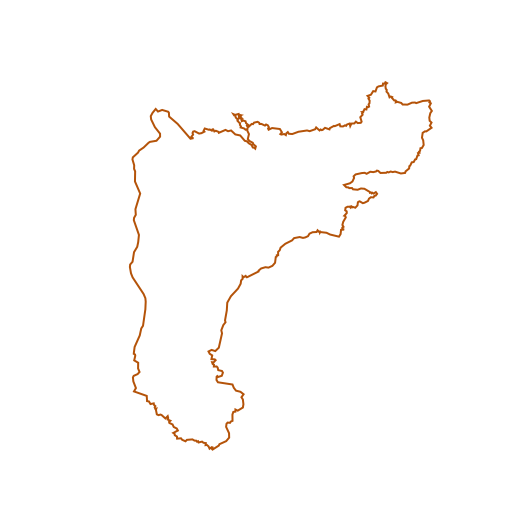 the district of Simití, Bolívar, Colombia, rotated 193°
{"feature_id": "7082276B2772828416009", "entity_name": "Simití", "entity_type": "district", "adm_level": 2, "iso_a3": "COL", "parent_name": "Colombia", "parent_adm1": "Bolívar", "projection": "mercator", "projection_center": [-74.07, 7.876], "detail": "fine", "context": "isolated", "style": "outline", "palette": "amber", "viewbox_px": 512, "rotation_deg": 193, "n_neighbors": 0, "source": "geoboundaries", "source_scale": "gbopen_adm2", "svg_char_len": 6086}
<svg xmlns="http://www.w3.org/2000/svg" viewBox="0 0 512 512"><g transform="rotate(193 256 256)"><path d="M254.8,57.6L249.6,62.9L249.3,64.4L243.4,68.9L241.3,73.0L242.4,77.3L246.7,82.8L247.0,85.8L246.2,87.3L243.8,87.6L243.4,88.9L241.8,90.1L243.3,96.2L243.0,99.0L241.1,99.7L241.5,101.8L239.0,101.2L234.7,105.4L234.9,108.7L236.5,113.2L238.4,115.1L237.0,118.5L240.6,120.2L245.2,120.3L248.0,122.6L250.0,125.5L264.7,124.4L266.6,126.3L267.2,129.5L266.7,130.3L265.7,129.6L262.4,131.6L262.0,134.9L263.3,136.3L267.1,136.3L268.3,138.7L269.5,139.5L272.2,138.8L272.5,140.6L273.9,141.0L274.9,142.6L273.4,142.8L271.9,145.4L272.9,146.0L276.2,145.5L276.3,149.3L279.1,150.3L280.8,152.3L278.1,154.5L274.3,154.2L271.6,158.3L271.7,173.0L273.1,175.8L272.3,181.4L270.8,184.6L271.7,186.3L272.2,196.3L273.5,204.1L271.4,211.2L266.2,220.2L264.7,225.5L265.0,228.9L263.9,230.7L264.5,233.2L263.3,232.5L261.6,234.3L260.4,233.2L259.8,233.4L250.0,241.5L250.2,242.3L248.2,245.0L244.3,247.2L241.2,247.5L237.8,250.1L235.9,253.7L236.5,259.4L235.7,260.2L235.9,261.4L234.6,261.8L235.4,265.0L234.2,266.9L233.9,269.7L230.2,274.5L224.4,279.3L222.9,282.0L217.7,284.3L214.3,284.2L212.3,285.1L209.8,287.0L208.9,289.8L206.2,291.9L202.3,293.0L201.8,294.9L200.2,293.9L200.8,293.3L199.4,294.2L199.0,293.2L198.8,293.8L192.5,294.5L188.7,293.6L179.5,293.5L178.5,296.4L179.0,300.6L176.1,301.6L178.1,301.9L178.3,303.1L177.3,304.1L178.8,305.7L178.7,309.0L177.2,313.8L178.0,315.0L179.0,315.1L177.2,318.3L177.7,319.9L179.4,320.6L179.6,323.1L177.9,324.6L175.9,325.1L175.2,324.7L175.3,325.4L174.3,325.9L173.3,325.0L172.8,325.6L170.1,325.4L168.5,328.1L168.8,331.3L168.2,332.0L167.3,332.6L163.8,331.5L162.3,332.3L159.3,334.8L158.8,337.3L157.3,339.1L154.7,339.5L154.1,341.4L153.0,341.7L152.0,343.8L153.6,345.2L155.6,343.3L156.9,343.8L157.4,343.1L158.1,343.7L159.1,343.3L159.2,343.9L165.5,345.9L168.9,345.4L171.9,343.4L176.5,342.8L177.7,343.8L180.5,343.1L181.3,343.6L183.5,343.3L186.2,345.0L180.8,348.0L178.8,350.3L178.0,354.1L178.8,355.6L177.3,357.9L171.6,360.6L168.8,361.5L166.7,361.0L163.6,363.8L160.6,364.1L158.0,365.4L157.4,366.4L156.0,366.4L153.4,364.9L147.8,366.4L147.0,367.4L145.5,367.3L143.8,368.6L141.7,368.5L139.5,369.5L133.4,369.0L129.4,370.5L129.3,372.1L126.5,375.7L126.8,378.0L126.1,378.7L125.3,382.3L123.5,383.0L122.7,385.9L121.7,386.4L121.3,390.1L120.2,390.7L121.3,392.7L119.9,393.4L120.6,394.3L119.8,395.4L120.0,398.0L118.6,398.6L117.6,401.9L119.1,406.3L120.9,408.6L121.3,413.5L119.4,415.5L118.1,415.7L113.8,420.4L115.9,422.1L115.0,425.5L117.2,426.8L118.3,429.9L118.3,434.4L117.3,436.9L120.9,440.4L120.0,444.1L121.6,444.7L121.3,445.9L122.3,446.5L128.3,444.6L134.3,441.0L135.6,441.3L138.5,440.5L142.4,437.6L147.2,436.6L148.9,437.8L153.0,438.0L154.3,437.2L154.3,438.5L155.0,439.0L156.2,438.6L159.1,440.6L159.0,441.5L160.7,441.7L161.6,440.7L163.7,444.1L165.8,445.5L166.0,447.3L167.2,448.2L168.0,450.3L168.2,452.4L167.2,453.9L169.0,454.4L169.4,452.9L171.0,452.6L170.8,450.6L174.8,448.8L176.1,447.5L176.6,443.2L178.9,443.0L180.3,439.0L183.3,437.1L181.2,435.6L181.8,434.6L180.2,432.9L179.8,430.3L180.4,429.1L179.4,427.0L180.3,426.2L181.5,426.3L181.4,423.6L183.3,423.5L183.9,420.8L185.0,420.2L184.1,419.8L184.7,418.7L183.9,417.6L185.6,414.7L183.3,410.6L183.9,409.3L186.8,408.4L188.9,409.4L190.0,407.3L192.8,406.5L193.4,403.8L194.6,406.1L196.9,404.6L197.5,403.1L198.6,403.4L200.4,401.8L203.0,401.3L204.2,403.3L208.5,400.2L209.3,400.3L212.8,397.2L212.9,395.9L217.6,396.4L219.4,393.9L220.3,393.4L221.5,393.8L222.3,392.6L226.3,394.8L226.9,392.8L231.8,389.7L234.5,389.8L242.6,386.6L248.1,383.0L251.5,382.5L252.9,383.9L254.0,382.4L254.1,380.5L255.9,381.2L258.7,380.0L259.7,380.3L258.6,382.4L261.3,385.1L269.1,384.3L272.1,381.9L272.9,382.9L272.4,384.4L273.9,386.0L275.8,386.4L276.6,385.1L280.4,385.9L282.2,385.4L282.8,386.5L284.6,387.1L287.9,385.5L288.6,383.8L289.9,383.7L292.3,380.1L293.3,379.9L294.2,381.0L293.2,382.0L295.6,383.2L296.5,384.9L298.9,385.1L299.9,384.4L299.8,385.3L300.6,385.2L300.8,386.3L302.5,386.5L301.1,387.1L302.2,387.6L302.2,388.9L302.9,388.3L303.2,389.3L302.5,389.8L303.5,389.8L304.0,388.1L304.9,390.5L308.1,388.8L309.9,389.1L308.9,388.1L307.8,388.2L306.9,386.4L304.2,384.6L304.5,383.6L301.4,381.5L301.2,380.2L299.8,378.9L299.9,377.8L296.3,377.6L294.6,376.7L292.9,377.9L292.7,376.2L290.3,373.2L290.3,368.1L288.3,366.6L284.6,365.6L283.7,364.3L280.8,362.8L280.9,360.4L282.2,361.1L283.5,361.0L285.3,363.2L288.4,364.2L290.7,365.7L292.8,365.7L298.5,369.9L303.5,369.8L308.5,372.7L311.3,371.3L314.1,372.0L319.9,367.7L320.4,368.5L323.3,369.0L324.6,368.0L326.2,369.8L326.9,369.6L327.2,368.2L329.5,368.9L330.1,368.4L334.6,368.7L335.2,366.1L334.3,365.5L336.8,363.4L339.0,362.5L343.9,363.8L345.2,363.1L345.5,361.5L344.6,360.1L345.8,357.6L345.1,356.7L343.4,356.8L346.2,355.5L362.1,367.1L372.0,372.3L373.1,376.0L374.0,376.8L380.3,377.2L384.0,374.7L386.8,376.7L389.0,372.2L390.0,368.6L388.9,365.5L383.5,358.8L377.0,353.6L376.3,350.7L378.9,345.9L385.1,343.3L386.2,342.1L389.9,336.4L393.6,332.4L394.2,330.2L398.2,324.4L398.1,322.3L395.1,317.0L394.4,313.5L392.8,311.3L390.7,301.4L382.9,290.8L384.0,274.5L382.4,269.1L383.4,265.7L383.1,263.4L374.8,250.2L373.9,242.9L373.8,238.2L375.7,232.3L375.0,222.6L376.7,219.4L376.4,216.9L373.9,211.0L371.4,207.4L357.0,193.7L354.3,190.0L353.2,186.7L351.8,179.1L350.4,162.6L351.5,159.6L351.4,152.4L353.8,140.1L353.3,134.8L353.1,133.2L351.7,132.8L351.2,131.7L351.2,126.9L346.8,125.5L345.6,119.9L343.4,116.8L344.8,114.3L348.2,111.7L348.6,110.0L347.3,106.2L343.3,100.3L344.4,96.6L331.0,95.1L329.5,90.1L327.6,90.2L325.5,88.0L322.5,89.4L321.9,88.0L320.3,87.1L320.7,85.8L319.7,84.4L318.8,84.9L318.9,83.6L317.0,79.4L315.2,79.0L313.4,80.0L312.2,79.8L307.7,77.3L306.0,80.1L305.1,78.3L305.3,76.8L302.4,76.2L303.4,74.8L302.8,73.8L299.4,73.1L297.7,70.9L294.4,70.1L292.9,68.4L296.8,65.0L295.3,64.4L294.8,63.1L292.4,62.3L291.8,60.3L288.1,61.5L286.6,60.3L283.0,59.6L282.0,61.3L276.7,63.0L274.4,62.3L272.7,62.6L271.7,61.8L270.8,62.5L270.0,61.4L266.8,63.0L265.2,62.2L262.8,62.4L262.6,60.4L261.5,60.9L259.4,59.8L257.9,57.8L256.1,59.8L255.3,59.7L255.4,58.0L254.8,57.6Z" fill="none" stroke="#b45309" stroke-width="2"/></g></svg>